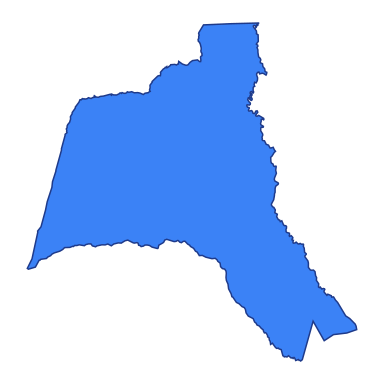 Tsholotsho, Matabeleland North, Zimbabwe
{"feature_id": "62879985B28907517418650", "entity_name": "Tsholotsho", "entity_type": "district", "adm_level": 2, "iso_a3": "ZWE", "parent_name": "Zimbabwe", "parent_adm1": "Matabeleland North", "projection": "equal_earth", "projection_center": [27.51, -19.64], "detail": "fine", "context": "isolated", "style": "filled", "palette": "blue", "viewbox_px": 384, "rotation_deg": 0, "n_neighbors": 0, "source": "geoboundaries", "source_scale": "gbopen_adm2", "svg_char_len": 5895}
<svg xmlns="http://www.w3.org/2000/svg" viewBox="0 0 384 384"><path d="M356.7,329.6L356.1,326.2L355.2,324.1L349.7,318.5L345.7,315.9L337.6,302.4L335.4,300.0L333.9,297.4L333.5,296.9L331.7,297.1L331.3,295.7L327.8,294.2L326.9,295.3L324.2,292.2L324.0,291.1L324.8,289.5L324.5,288.8L323.3,288.5L321.8,289.0L320.2,287.0L319.4,287.6L318.5,287.0L318.7,283.8L316.4,280.4L316.6,277.6L315.6,275.7L315.0,271.6L313.5,270.1L311.0,270.2L310.3,269.9L308.4,267.4L308.4,263.0L307.9,260.9L305.0,256.9L304.9,255.9L306.2,254.4L306.2,253.7L304.6,252.3L304.2,248.1L303.4,246.5L303.5,244.4L303.2,244.1L301.4,244.2L300.1,243.4L299.1,244.0L298.1,243.9L296.1,242.1L295.0,243.0L293.3,243.1L292.9,242.0L293.4,240.3L292.0,239.9L292.1,239.0L292.9,237.9L292.5,237.1L291.2,235.7L289.6,236.4L289.2,235.8L289.6,234.5L289.4,233.2L286.7,232.4L286.1,231.7L286.0,229.3L286.5,228.2L286.5,226.4L285.8,225.7L284.3,225.6L283.4,224.6L281.8,220.8L280.3,221.6L279.7,220.1L278.4,219.7L276.7,216.8L277.3,214.2L274.8,212.7L275.3,210.1L275.1,209.3L274.3,208.5L274.0,207.5L272.5,206.7L271.4,205.0L271.5,203.9L273.7,199.7L274.4,195.8L274.5,193.8L275.1,192.3L275.1,188.7L275.5,186.9L276.1,185.8L278.0,184.5L278.4,183.7L278.1,182.8L275.0,181.1L274.3,179.5L274.5,178.0L276.4,173.3L275.7,170.3L276.2,166.6L275.9,166.1L274.5,166.5L273.7,166.0L272.9,163.9L271.4,163.1L270.9,161.5L270.7,157.3L272.0,156.1L274.2,152.5L275.5,151.3L274.3,149.8L273.2,147.3L270.9,148.0L270.0,147.9L268.5,145.1L266.2,144.3L264.5,140.8L262.7,140.5L262.1,139.7L262.3,138.6L262.0,137.2L262.8,135.0L262.6,133.9L260.7,130.7L260.8,128.0L261.3,127.1L262.4,127.4L263.3,127.1L263.4,126.3L260.8,124.7L260.6,123.4L261.2,121.3L261.2,119.4L262.0,119.1L263.6,119.8L263.9,119.2L263.6,118.3L258.7,115.4L257.0,116.3L255.8,115.8L255.7,115.1L257.8,112.2L257.1,110.8L255.7,111.2L255.0,113.0L254.1,113.6L253.0,113.2L252.4,111.4L251.6,110.6L249.0,111.1L248.5,110.6L248.5,109.8L249.3,108.2L249.1,107.5L247.5,107.2L246.8,105.8L247.0,104.9L247.3,104.8L249.4,105.1L250.2,104.5L250.4,103.5L250.0,102.5L249.1,101.9L247.7,99.7L248.3,97.8L248.9,97.7L249.3,98.8L250.8,100.2L251.5,100.4L252.1,99.7L252.1,98.7L251.5,97.6L250.0,98.1L249.6,97.9L250.1,95.8L251.4,96.1L252.1,94.9L251.7,93.4L250.6,94.4L250.1,93.0L250.4,92.0L251.4,91.5L253.2,92.9L253.7,92.0L253.1,90.6L253.2,87.5L253.7,86.7L254.7,86.4L254.1,84.6L254.6,82.3L256.1,82.9L257.3,80.7L257.5,79.4L257.6,77.8L256.6,74.9L256.7,73.5L258.0,72.2L259.0,72.1L259.6,73.9L262.3,73.2L263.7,73.6L266.0,75.1L266.6,73.9L266.8,72.3L265.1,71.6L264.7,68.8L262.9,66.6L262.5,63.7L260.4,62.8L260.2,61.8L260.8,59.9L260.3,58.4L258.6,56.8L257.9,52.2L257.9,49.9L257.0,47.4L257.9,46.2L257.7,45.1L256.4,44.4L256.4,43.9L258.3,41.4L258.1,34.8L256.4,33.7L256.6,32.9L256.4,30.9L253.4,26.8L253.3,26.0L254.0,25.3L255.4,25.7L255.9,27.6L256.3,27.2L256.9,24.8L257.5,25.4L258.0,25.0L257.9,23.4L259.2,23.0L231.4,23.7L203.5,24.9L198.9,32.5L198.6,33.7L199.2,35.1L198.7,36.1L198.7,38.4L198.1,39.4L198.3,41.2L199.5,42.4L200.3,44.1L201.2,47.9L201.2,49.6L200.9,50.5L201.0,51.9L201.9,53.3L202.0,55.6L200.8,56.5L200.5,57.1L200.9,60.2L200.6,61.6L199.6,61.6L197.5,59.9L192.5,60.6L190.1,62.3L187.9,64.9L186.1,65.3L182.5,64.1L178.7,61.4L178.4,64.0L177.6,64.1L176.6,65.0L174.8,64.4L170.7,64.7L170.3,65.5L167.4,67.6L166.8,67.7L166.7,66.7L165.9,67.5L165.3,67.3L164.7,68.2L163.3,69.0L160.7,72.0L160.4,72.7L160.7,73.3L160.4,75.7L159.0,75.6L157.8,76.0L152.1,81.5L152.2,82.2L150.0,85.2L150.1,87.8L149.5,90.0L150.2,91.4L149.4,91.7L148.2,92.7L145.0,93.2L143.3,94.5L140.1,93.1L137.7,92.6L134.3,92.8L131.7,91.7L128.9,92.3L127.3,91.8L126.7,92.7L125.4,93.3L123.8,93.3L122.1,92.6L121.4,93.4L120.8,92.9L119.7,93.1L119.1,93.8L116.6,95.0L113.4,94.9L111.9,94.2L111.9,94.8L111.4,95.3L110.4,94.2L103.3,96.1L100.3,96.4L98.4,97.3L96.3,97.1L94.3,95.7L94.1,96.2L94.8,97.2L92.6,97.6L91.1,98.5L88.4,97.7L87.1,98.7L84.8,99.1L84.0,98.7L83.0,99.0L82.3,98.6L81.3,99.8L80.0,99.7L78.9,102.3L75.3,107.1L75.3,108.1L72.2,112.5L72.1,113.8L70.4,116.7L70.6,119.0L69.6,122.3L67.8,124.5L67.1,126.0L67.1,127.7L66.3,128.9L66.8,130.5L66.6,131.4L67.0,132.7L65.1,134.3L65.1,135.3L61.4,148.9L61.5,150.0L55.9,170.2L55.9,171.1L52.5,181.7L51.9,187.4L47.2,201.8L45.5,210.2L41.0,226.8L37.6,231.1L37.8,232.1L32.0,258.9L27.3,268.4L28.4,269.2L35.4,267.1L39.1,260.3L40.1,260.1L40.8,259.3L46.4,258.5L48.0,256.9L50.6,255.7L51.9,254.2L54.3,252.9L59.8,251.2L62.7,249.5L64.6,247.6L69.9,247.4L72.7,246.3L73.5,246.5L74.6,245.5L77.0,245.5L79.2,244.8L84.4,245.7L85.8,244.6L88.5,243.9L90.9,243.9L92.4,245.9L95.6,246.8L96.9,245.9L101.9,244.8L105.1,244.9L107.8,244.0L111.3,245.8L113.8,244.0L118.2,242.9L121.3,243.1L125.0,240.8L127.8,240.1L133.1,242.8L134.3,243.1L137.0,242.6L138.1,243.2L138.6,245.2L140.3,245.7L141.1,246.6L143.4,246.1L144.9,245.1L147.1,245.0L149.6,245.5L152.0,247.1L157.3,248.5L157.9,248.4L158.2,247.8L158.8,245.2L162.9,242.9L163.8,242.1L164.7,240.1L166.7,239.3L174.1,241.6L176.0,241.4L177.5,240.5L178.3,240.6L179.8,242.2L181.4,242.7L183.2,241.4L184.9,241.2L187.7,244.1L189.8,245.3L190.4,246.4L193.6,248.3L195.5,251.2L197.2,252.1L199.3,255.6L202.3,255.4L205.9,257.2L212.0,258.7L215.2,258.3L217.1,259.9L217.8,261.3L220.1,263.1L220.6,266.7L222.4,268.6L224.7,269.1L226.0,271.1L226.3,273.2L226.0,277.5L226.4,280.5L228.0,284.1L228.6,288.9L231.1,293.7L231.9,296.7L232.9,297.2L236.4,302.4L239.2,303.8L242.0,306.6L244.3,307.6L245.4,309.4L246.1,312.9L248.3,316.1L253.2,318.6L254.6,322.0L256.1,323.2L257.0,325.0L259.3,326.0L261.4,328.5L263.1,329.7L263.6,331.5L264.4,332.9L265.5,332.7L266.4,333.4L267.6,335.6L267.6,336.8L269.1,337.9L269.3,340.0L270.2,341.4L270.6,344.4L272.4,343.2L275.5,347.5L276.7,348.4L278.4,348.2L279.0,348.9L281.2,349.6L282.9,355.8L283.8,356.2L284.3,356.9L285.4,356.6L287.0,357.0L288.5,355.7L291.1,358.0L292.3,357.7L293.1,358.5L294.0,357.5L294.8,358.3L295.7,360.5L298.4,359.5L299.1,360.4L299.8,360.3L300.7,361.0L302.3,359.7L313.1,321.2L324.2,340.7L333.5,334.6L346.9,333.0L356.7,329.6Z" fill="#3b82f6" stroke="#1e3a8a" stroke-width="1.5"/></svg>